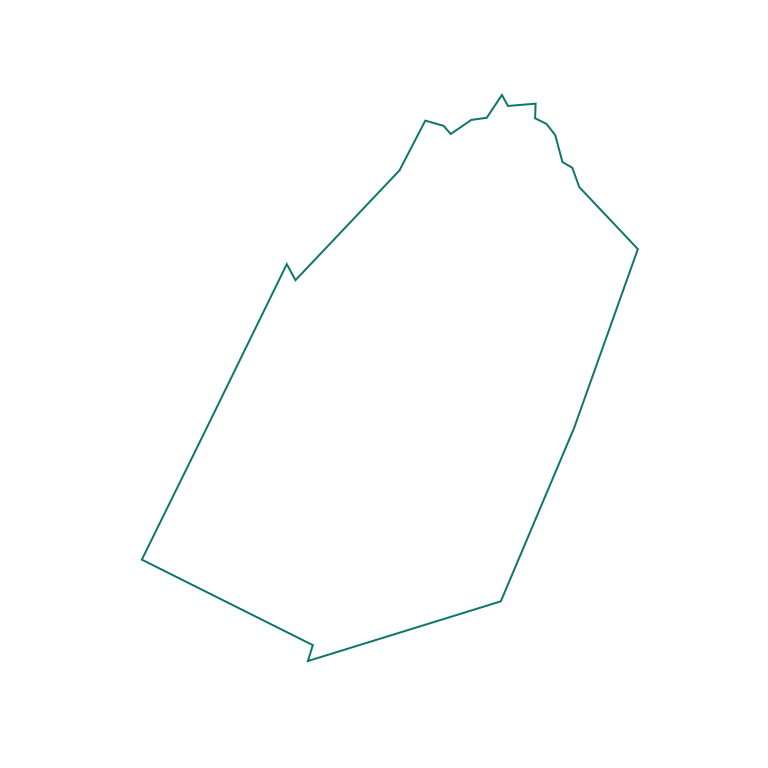 Fayette, Texas, United States of America (Natural Earth projection), rotated 344°
{"feature_id": "52423323B10356189909314", "entity_name": "Fayette", "entity_type": "district", "adm_level": 2, "iso_a3": "USA", "parent_name": "United States of America", "parent_adm1": "Texas", "projection": "natural_earth1", "projection_center": [-96.849, 29.896], "detail": "fine", "context": "isolated", "style": "outline", "palette": "teal", "viewbox_px": 768, "rotation_deg": 344, "n_neighbors": 0, "source": "geoboundaries", "source_scale": "gbopen_adm2", "svg_char_len": 478}
<svg xmlns="http://www.w3.org/2000/svg" viewBox="0 0 768 768"><g transform="rotate(344 384 384)"><path d="M104.4,484.3L102.8,486.1L243.6,615.4L234.5,629.3L436.4,625.1L554.6,478.7L665.2,324.3L626.0,248.6L624.6,228.0L616.7,219.8L617.2,192.0L611.9,178.8L602.5,170.2L607.0,156.3L579.8,150.9L577.0,138.7L556.1,156.4L540.7,154.2L517.0,162.1L512.5,152.3L496.3,142.2L457.8,182.9L327.5,259.8L323.6,242.0L195.9,383.5L104.4,484.3Z" fill="none" stroke="#0f766e" stroke-width="2"/></g></svg>